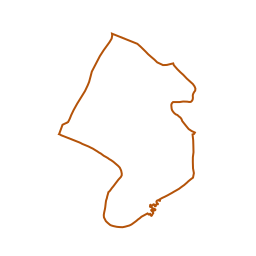 the district of Keo Oudom, Vientiane, Laos, rotated 229°
{"feature_id": "54806243B75308999712701", "entity_name": "Keo Oudom", "entity_type": "district", "adm_level": 2, "iso_a3": "LAO", "parent_name": "Laos", "parent_adm1": "Vientiane", "projection": "orthographic", "projection_center": [102.503, 18.574], "detail": "fine", "context": "isolated", "style": "outline", "palette": "amber", "viewbox_px": 256, "rotation_deg": 229, "n_neighbors": 0, "source": "geoboundaries", "source_scale": "gbopen_adm2", "svg_char_len": 3361}
<svg xmlns="http://www.w3.org/2000/svg" viewBox="0 0 256 256"><g transform="rotate(229 128 128)"><path d="M168.6,71.9L168.3,72.1L168.1,72.2L167.7,72.4L166.4,72.8L149.1,81.8L147.8,82.4L147.0,82.7L146.1,83.0L144.3,83.9L139.9,86.1L137.9,86.9L135.6,87.9L134.0,88.4L132.0,89.0L131.2,89.3L130.8,89.4L128.2,90.1L126.7,90.7L122.9,91.5L120.8,92.3L118.4,93.1L116.9,93.4L114.9,94.1L112.1,94.8L107.3,95.5L106.1,95.7L103.5,95.8L100.4,94.9L97.7,93.4L96.4,92.2L95.7,90.4L95.5,88.5L95.3,86.8L94.8,84.4L94.6,83.4L94.4,82.4L93.9,80.1L93.5,78.1L93.3,76.7L93.0,75.4L92.5,73.3L92.4,72.2L92.4,71.9L92.4,71.0L91.9,70.4L89.9,67.3L88.9,66.0L87.6,63.8L86.3,62.3L83.1,58.8L81.8,57.2L79.8,54.5L78.2,52.6L76.3,51.2L72.2,50.2L70.0,50.4L66.7,50.9L65.5,51.4L63.6,52.6L60.8,54.7L58.9,56.5L56.7,58.8L55.4,61.1L54.6,62.8L53.5,65.1L52.9,67.4L52.5,71.9L52.5,72.1L52.4,73.3L52.4,75.7L52.2,77.5L52.2,80.0L50.7,86.7L50.3,86.8L49.8,86.8L49.5,86.8L49.2,86.8L49.0,87.0L48.8,87.2L48.8,87.6L48.8,87.9L48.8,88.3L48.7,88.4L48.2,88.3L47.9,88.1L47.5,87.9L47.1,87.9L46.7,87.9L46.4,88.0L46.3,88.6L46.7,89.5L46.9,90.0L47.0,90.2L47.0,90.6L47.1,90.9L47.2,91.2L47.3,91.2L47.6,91.4L47.9,91.5L48.4,91.6L48.9,91.6L49.3,91.5L49.8,91.5L50.3,91.5L50.6,91.5L50.8,91.6L50.8,91.8L50.7,92.0L50.4,92.1L49.8,92.4L49.3,92.7L49.0,92.9L48.7,93.2L48.5,93.6L48.3,94.1L48.2,94.5L48.2,94.8L48.3,95.0L48.6,95.2L49.0,95.1L49.4,95.0L49.6,94.9L50.3,94.5L51.0,94.0L51.4,93.7L51.7,93.7L52.0,93.7L52.3,93.8L52.7,94.0L52.8,94.0L53.0,94.0L53.2,93.8L53.4,93.5L53.6,93.2L53.8,93.1L54.1,93.0L54.3,93.1L54.5,93.2L55.1,94.0L55.3,94.2L55.3,94.4L55.3,94.6L55.2,94.7L54.9,94.7L54.4,94.8L54.1,94.9L53.9,95.0L53.7,95.2L53.6,95.7L53.6,96.1L53.7,97.1L53.5,97.4L53.3,97.5L52.9,97.5L52.0,97.2L51.4,97.0L51.2,97.1L51.0,97.3L50.9,97.6L51.0,98.0L51.5,98.5L51.8,98.9L51.8,99.1L51.7,99.6L51.3,100.0L51.1,100.2L50.9,100.5L51.1,100.8L51.4,100.8L52.1,100.8L52.9,100.7L53.3,100.9L53.8,101.2L54.0,101.6L54.1,102.3L54.0,102.9L53.6,103.4L53.1,103.7L52.4,104.0L52.2,104.2L52.1,104.4L52.2,104.5L52.7,104.7L53.4,104.8L53.3,105.4L53.1,106.1L53.0,107.0L52.7,108.2L52.4,109.3L52.1,110.2L51.2,113.8L50.6,116.7L50.2,118.5L49.8,120.8L49.2,123.7L48.6,126.8L48.5,128.7L48.3,131.1L48.1,132.9L48.1,134.8L48.1,137.0L48.2,138.4L48.1,141.8L47.9,144.5L50.7,148.1L54.9,150.6L59.9,154.7L63.4,157.8L66.7,161.5L72.0,165.9L75.9,169.1L80.8,172.5L80.2,174.1L80.7,175.5L83.8,174.1L87.4,173.1L91.4,173.2L95.8,173.4L97.7,173.5L99.5,174.2L101.4,174.4L103.4,174.0L105.4,173.8L106.7,173.1L108.6,172.7L110.5,172.7L112.3,172.9L113.8,173.5L115.5,174.7L117.0,175.8L117.9,177.3L118.0,179.0L116.7,180.5L115.5,181.9L113.9,183.7L111.8,187.0L109.0,190.0L107.9,190.9L106.9,191.9L106.5,192.7L106.5,193.8L107.0,195.4L108.1,196.7L109.9,198.1L110.6,198.9L111.1,199.8L111.5,200.8L111.8,201.7L112.1,203.2L113.5,204.7L114.3,205.0L115.7,205.5L118.6,205.8L126.7,204.8L131.7,204.6L135.8,204.1L140.2,203.8L145.4,203.8L147.1,204.5L148.1,202.6L150.1,198.7L152.5,195.7L158.4,193.1L162.3,192.8L166.8,192.1L170.5,191.6L174.6,191.4L180.7,190.9L185.4,190.3L209.7,177.8L208.2,176.8L206.2,174.3L205.7,172.8L204.9,170.3L202.7,160.8L200.7,153.9L197.5,145.8L194.3,137.7L191.2,133.2L188.3,128.9L186.6,125.5L184.1,119.8L182.2,113.7L179.7,105.6L177.2,98.7L174.9,93.4L174.1,91.9L173.1,89.9L171.8,86.7L172.1,85.6L172.0,85.3L172.4,84.3L173.4,80.7L171.6,77.5L168.7,72.2L168.6,71.9Z" fill="none" stroke="#b45309" stroke-width="2"/></g></svg>